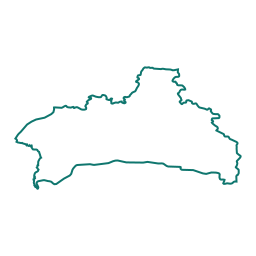 map outline of Brest (Robinson projection)
{"feature_id": "BLR-2338", "entity_name": "Brest", "entity_type": "Region", "adm_level": 1, "iso_a3": "BLR", "parent_name": "Belarus", "parent_adm1": "", "projection": "robinson", "projection_center": [25.618, 52.455], "detail": "fine", "context": "isolated", "style": "outline", "palette": "teal", "viewbox_px": 256, "rotation_deg": 0, "n_neighbors": 0, "source": "natural_earth", "source_scale": "10m", "svg_char_len": 5790}
<svg xmlns="http://www.w3.org/2000/svg" viewBox="0 0 256 256"><path d="M143.2,162.6L126.3,162.4L117.7,160.5L115.4,160.6L113.1,161.2L108.5,163.1L94.2,164.9L93.1,164.8L90.0,164.2L77.3,165.0L76.3,165.3L75.2,166.2L73.3,168.4L72.5,169.7L71.2,173.9L69.8,175.5L64.0,178.6L56.3,184.0L54.3,184.2L52.8,183.2L51.4,181.8L49.4,181.2L48.1,181.1L44.5,180.2L43.3,180.2L38.4,181.2L37.7,181.5L37.2,181.9L36.6,182.8L36.5,183.3L38.2,186.9L38.3,187.5L38.0,188.5L37.6,188.7L37.1,188.4L36.9,187.5L35.4,187.0L34.8,186.0L35.5,186.0L34.4,184.4L34.0,183.5L33.8,182.6L34.1,180.9L34.0,180.3L33.5,179.8L33.5,179.3L34.2,179.1L34.9,178.4L34.3,177.7L34.2,177.3L34.9,176.9L34.7,176.5L34.2,175.8L34.5,174.3L35.0,173.1L35.8,172.3L36.9,171.8L37.9,171.1L38.5,169.6L37.6,168.6L36.8,167.4L37.4,166.9L37.6,165.5L38.2,165.2L38.1,164.8L37.8,164.8L38.2,164.0L38.2,161.9L38.6,160.8L39.6,159.0L40.3,158.1L41.1,157.7L40.5,156.6L39.8,154.1L39.4,153.3L39.3,152.6L39.1,151.9L38.1,151.3L37.2,149.9L36.2,149.5L33.8,149.5L32.8,149.3L31.4,147.1L31.7,146.8L31.8,146.1L31.6,145.6L30.8,146.2L29.9,145.6L29.7,145.3L29.0,146.0L28.5,145.9L28.1,145.5L27.5,145.3L26.7,145.5L26.6,145.4L27.0,144.8L27.0,144.4L25.9,144.3L22.8,143.4L22.1,142.9L21.3,143.1L17.7,142.4L16.5,141.8L17.0,140.7L16.8,139.8L16.3,139.2L15.4,138.6L17.8,134.9L18.7,133.8L20.8,131.8L27.1,124.5L31.6,121.6L36.1,119.5L44.6,117.7L51.3,114.1L53.4,112.2L54.1,109.4L54.0,107.5L54.9,107.4L61.6,107.8L62.6,107.4L64.2,106.4L65.3,105.9L65.8,105.8L66.3,106.0L67.0,106.9L68.0,107.3L70.7,107.6L73.2,106.9L73.6,107.1L73.8,107.8L74.0,108.0L74.3,108.0L75.3,107.5L76.5,107.2L77.0,107.2L77.6,107.4L79.9,108.6L80.6,109.1L81.7,109.5L83.0,109.7L84.2,109.7L85.4,109.4L86.0,109.1L86.1,108.8L86.2,108.4L86.1,107.4L85.4,106.4L85.4,106.0L86.3,104.4L87.6,103.6L87.8,103.1L87.6,102.7L86.8,101.9L86.8,101.7L88.5,100.1L90.7,99.1L91.0,98.8L91.1,98.6L91.1,98.1L90.9,97.9L89.0,97.6L88.8,97.5L88.7,97.3L88.8,97.1L89.1,96.8L91.6,95.7L92.8,95.5L95.9,96.7L98.6,97.2L100.3,97.2L101.1,96.9L102.0,95.5L102.4,95.1L102.8,95.0L103.2,95.0L105.0,95.4L105.8,96.0L106.4,97.0L106.7,97.9L106.4,99.0L106.7,99.3L108.8,100.0L109.4,100.0L110.0,99.8L110.5,98.9L111.1,98.5L111.7,98.5L111.9,98.6L112.0,98.7L111.9,98.9L111.2,100.9L111.1,101.3L111.4,102.1L111.3,103.1L111.4,103.3L111.8,103.5L112.4,103.6L112.8,103.6L113.5,103.2L115.6,102.5L116.2,102.5L117.5,102.7L118.3,102.7L119.5,101.9L121.3,101.5L121.7,101.5L121.9,102.2L122.0,102.4L122.6,102.8L124.2,103.3L124.9,103.1L125.5,102.7L125.6,102.2L125.3,101.8L124.5,101.5L124.2,101.2L124.1,100.5L124.2,100.3L124.8,99.9L124.9,99.6L124.8,99.4L124.0,98.8L123.7,98.5L123.6,98.0L123.8,97.7L124.0,97.3L124.7,97.0L125.1,96.9L126.0,97.1L127.0,97.2L129.1,96.6L129.7,96.0L129.7,95.7L129.9,95.3L130.9,94.2L132.0,92.9L132.5,92.5L135.1,91.3L135.6,90.7L136.9,88.0L138.5,85.6L138.9,84.4L138.9,83.7L138.4,82.9L137.7,82.3L136.4,82.0L136.2,81.9L136.1,81.7L136.1,81.4L136.4,81.0L138.3,79.8L139.0,79.2L139.0,78.7L138.8,78.3L137.7,77.7L137.4,77.4L137.4,77.1L137.7,76.1L138.1,75.4L138.4,75.3L140.0,75.1L140.5,74.9L140.7,74.4L141.1,72.0L141.3,71.5L142.8,69.6L143.3,68.6L144.2,67.8L144.6,67.5L145.0,67.4L146.8,67.6L148.9,67.3L149.4,67.5L150.1,67.9L150.5,67.9L151.8,67.8L152.7,67.8L153.4,68.4L153.9,68.6L161.0,69.1L162.1,68.8L163.2,68.8L165.9,69.3L170.2,69.5L171.4,69.8L172.8,70.3L174.1,70.2L178.0,69.4L177.8,72.3L178.1,72.8L178.9,73.7L179.1,74.2L179.2,75.8L179.1,76.2L178.7,76.6L178.2,76.8L175.9,76.9L175.0,77.3L173.9,78.3L173.0,79.5L172.6,80.4L172.5,80.9L172.9,81.4L173.5,81.7L174.4,81.8L175.2,81.6L175.5,81.7L175.7,81.9L175.9,82.7L176.9,83.4L177.1,84.5L177.4,85.0L178.4,85.3L181.9,85.4L182.5,85.6L184.2,87.2L185.1,88.7L185.2,89.2L185.2,89.5L184.9,89.6L184.2,89.7L182.2,89.5L181.5,89.6L180.8,89.9L180.0,90.8L179.1,92.6L178.9,92.8L178.1,93.2L177.9,93.4L178.0,94.2L178.5,94.9L180.7,97.8L180.9,98.2L181.1,99.2L181.5,100.0L181.3,100.4L179.8,101.4L179.7,101.6L179.7,101.9L179.9,102.2L181.4,103.9L181.8,104.1L182.2,104.0L183.1,103.1L183.7,102.7L185.8,102.6L186.1,102.3L186.3,100.9L186.6,100.5L188.3,100.2L188.8,100.3L190.3,101.0L191.6,101.5L191.8,101.7L191.9,102.1L192.1,103.2L192.6,103.6L193.2,103.8L193.9,103.8L195.6,103.4L195.8,103.4L196.1,103.5L196.5,103.8L197.7,105.7L199.1,107.3L199.6,107.5L204.7,108.7L207.0,109.7L207.3,109.7L207.7,109.5L208.7,108.5L209.2,108.4L211.0,109.5L211.1,110.1L210.8,110.7L210.8,111.3L212.5,113.4L212.9,113.7L213.3,113.9L215.0,114.1L217.7,114.1L218.3,114.4L219.4,115.7L219.4,116.0L219.5,117.0L219.2,117.8L218.7,118.1L212.4,118.4L212.1,118.7L211.8,119.7L211.7,120.0L211.8,120.2L212.9,121.0L213.1,121.3L213.0,121.7L212.9,121.9L211.9,122.6L212.2,123.1L212.9,123.8L215.1,125.6L217.1,126.8L217.4,127.1L217.8,128.1L217.8,128.7L217.4,129.3L216.6,130.1L216.4,130.5L217.2,130.9L223.7,134.1L224.0,134.6L224.1,135.4L224.5,136.1L224.8,136.4L225.1,136.5L227.8,136.5L228.3,136.7L228.7,137.0L229.5,138.5L230.1,139.1L231.5,139.6L236.6,142.0L237.3,142.7L237.5,143.0L237.5,143.5L237.3,144.0L236.6,145.0L236.5,145.5L236.7,146.9L236.6,148.6L236.9,153.0L237.2,153.4L238.9,154.8L240.1,155.6L240.6,156.1L240.6,156.4L240.6,156.7L240.3,157.3L239.9,157.9L236.9,161.0L236.8,161.6L237.3,163.0L237.3,163.7L237.0,164.9L236.6,166.0L235.8,167.1L235.8,167.3L236.4,167.9L238.3,169.4L238.6,169.8L238.7,170.8L238.7,172.7L238.6,173.4L238.1,174.3L237.6,175.1L236.8,175.3L236.3,176.3L236.5,181.6L234.7,181.5L233.7,181.9L232.3,183.2L231.2,183.6L230.2,183.7L227.1,183.3L225.1,183.8L224.0,183.9L223.3,183.4L223.6,182.3L224.3,180.9L224.5,179.8L223.0,179.5L221.7,179.6L220.7,179.5L220.0,179.0L219.5,177.7L219.5,176.0L219.7,174.6L219.3,173.6L218.0,173.0L215.9,172.6L211.4,172.5L206.2,173.9L202.9,173.4L193.2,170.1L182.0,169.8L181.3,169.5L180.6,168.8L180.5,168.2L180.7,167.6L180.7,167.2L180.1,166.9L168.2,166.5L166.7,166.0L163.4,163.7L161.9,163.4L158.3,163.5L147.5,161.9L143.2,162.6Z" fill="none" stroke="#0f766e" stroke-width="2"/></svg>